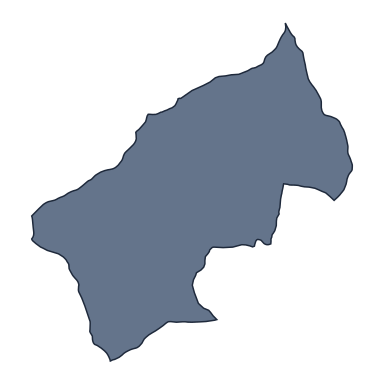 Lamgong, Paro, Bhutan (Mercator projection)
{"feature_id": "84629894B22495376544480", "entity_name": "Lamgong", "entity_type": "district", "adm_level": 2, "iso_a3": "BTN", "parent_name": "Bhutan", "parent_adm1": "Paro", "projection": "mercator", "projection_center": [89.36, 27.439], "detail": "fine", "context": "isolated", "style": "filled", "palette": "slate", "viewbox_px": 384, "rotation_deg": 0, "n_neighbors": 0, "source": "geoboundaries", "source_scale": "gbopen_adm2", "svg_char_len": 4721}
<svg xmlns="http://www.w3.org/2000/svg" viewBox="0 0 384 384"><path d="M285.3,23.0L285.8,27.0L285.5,29.8L285.0,31.4L284.5,32.3L283.6,33.6L282.8,34.6L281.3,37.0L280.3,38.9L278.8,42.2L278.1,43.9L277.1,46.3L276.0,48.2L274.4,49.9L272.1,52.1L268.6,54.4L267.4,55.2L265.8,56.9L265.2,58.1L264.7,59.2L264.0,61.8L263.2,63.3L261.6,64.6L258.3,66.1L255.8,67.5L253.9,68.0L252.1,68.3L250.9,68.9L247.7,70.8L238.8,74.3L231.3,74.8L225.5,75.9L219.0,76.5L215.3,77.8L210.1,82.0L203.3,85.5L192.1,90.5L180.8,98.4L179.4,98.3L178.1,98.7L177.7,100.3L176.9,101.9L176.1,103.7L174.9,105.7L172.1,107.8L169.6,108.7L167.1,110.0L164.8,110.8L161.9,112.1L160.8,112.2L159.7,112.8L157.8,113.7L155.8,114.4L152.5,114.5L149.9,114.3L148.2,114.3L147.2,115.9L146.7,117.6L146.2,119.9L145.5,121.9L143.6,124.2L141.5,126.6L139.0,129.4L136.6,131.3L135.8,132.3L136.1,134.9L136.2,137.3L136.3,138.8L135.7,140.9L134.8,142.7L133.5,144.5L131.6,146.4L129.6,148.4L126.4,151.4L125.5,152.3L124.8,153.1L124.2,154.2L123.5,155.8L123.0,157.6L122.2,159.8L121.4,161.1L120.0,162.8L119.1,164.0L118.2,165.2L116.0,167.1L114.5,168.1L112.6,168.9L109.9,169.5L107.9,169.8L104.7,170.6L102.3,171.5L100.7,172.1L97.5,174.0L95.6,175.2L94.5,176.2L91.9,178.9L90.9,179.7L89.9,180.2L88.4,180.8L87.1,181.8L83.4,185.0L81.7,186.4L78.5,188.9L76.8,189.8L75.7,190.2L73.8,190.7L72.4,191.2L70.9,191.8L68.1,193.2L66.5,194.3L65.4,195.1L63.9,196.0L62.0,196.8L60.5,197.3L59.4,197.8L58.1,198.4L56.4,199.4L54.6,200.2L52.6,200.7L50.0,201.3L48.3,201.7L46.3,202.6L44.3,203.8L43.2,204.6L41.1,206.6L39.0,208.6L31.7,216.0L32.2,217.6L32.5,219.9L33.2,227.4L33.7,231.7L33.8,233.2L33.6,235.2L33.0,237.0L31.7,239.0L32.1,240.0L33.0,241.1L34.1,242.0L35.8,243.5L40.5,247.0L43.1,248.2L47.3,250.4L54.5,252.6L58.4,253.8L60.5,255.1L63.4,257.0L65.0,258.6L66.3,260.1L67.2,261.8L68.2,263.2L68.8,264.4L68.9,265.6L69.1,268.5L69.5,269.6L70.9,272.2L72.4,274.9L73.1,275.9L74.7,277.8L76.8,280.1L77.8,281.6L78.4,283.0L78.9,284.9L78.6,286.3L78.5,288.1L78.4,289.8L78.5,290.9L78.8,291.9L80.6,295.6L81.8,298.1L84.9,306.1L89.2,318.9L90.1,321.5L90.2,323.4L90.1,326.5L90.0,329.5L89.8,331.3L90.2,332.5L91.0,333.8L92.3,336.0L92.4,337.4L92.5,339.6L92.8,341.1L93.4,342.8L94.5,344.3L97.3,345.5L101.2,348.1L104.5,350.8L106.6,353.0L107.9,355.0L109.0,357.2L110.0,359.6L110.3,361.0L112.6,359.9L114.7,359.4L116.6,358.5L119.1,357.3L121.9,355.2L123.8,353.4L125.5,352.2L127.9,350.9L130.6,349.6L133.0,348.8L135.4,348.2L136.4,347.9L137.5,347.4L139.3,346.1L141.9,343.2L143.0,341.1L144.3,338.9L146.3,337.0L148.8,334.9L152.5,332.6L155.3,331.0L159.2,328.4L163.2,325.5L165.8,323.3L167.2,322.3L168.4,321.7L170.8,321.6L176.4,322.2L182.4,321.8L185.3,321.8L187.9,322.1L191.9,322.2L199.1,321.9L206.0,321.5L214.7,320.2L216.8,319.6L213.0,315.7L210.8,312.7L208.7,310.3L203.6,308.2L198.4,303.4L196.0,297.0L194.4,292.8L192.3,285.2L193.5,279.7L195.6,275.5L196.5,272.7L201.0,270.0L203.7,267.2L204.9,263.9L204.9,260.5L205.4,256.6L207.8,253.8L209.3,251.6L209.7,250.0L210.5,249.1L212.3,247.4L213.8,247.1L223.2,247.6L232.8,247.1L241.8,244.7L245.7,244.9L249.9,245.9L252.6,246.9L254.4,246.2L254.8,244.3L255.8,241.1L256.7,239.9L257.8,239.4L259.9,239.8L261.1,240.3L264.0,243.5L265.4,244.3L267.0,244.7L268.7,244.6L270.8,243.9L271.0,241.5L271.0,238.9L271.8,237.0L271.9,235.7L272.3,234.4L273.2,233.3L274.8,230.7L276.3,225.6L276.4,221.0L276.8,218.0L279.1,214.0L278.8,212.2L279.0,210.9L279.3,209.7L279.6,208.5L279.9,207.5L280.6,199.0L281.0,197.0L281.2,195.8L281.5,194.5L281.8,193.4L282.0,192.0L282.2,190.9L282.5,189.5L282.8,188.2L283.1,186.7L283.3,185.4L283.6,183.8L287.6,184.3L289.8,185.0L294.9,185.1L298.3,185.4L301.1,186.2L304.4,186.8L309.0,187.1L312.2,187.7L313.5,188.0L314.8,188.2L318.4,189.7L322.1,191.4L324.9,192.5L325.9,193.0L328.7,195.4L329.8,196.3L334.1,200.4L337.6,197.2L339.8,194.9L340.9,193.5L342.4,191.7L343.9,189.7L344.9,187.2L346.1,184.1L346.7,181.3L347.0,179.3L347.7,177.2L348.4,175.4L349.1,174.1L350.6,172.1L351.5,171.0L352.1,169.8L352.3,166.9L352.3,165.0L351.8,163.2L351.2,161.6L350.5,159.3L349.6,157.1L348.3,154.4L347.9,153.1L347.7,151.0L347.9,147.8L347.9,146.2L347.7,145.1L347.1,142.3L346.7,140.2L345.7,136.3L345.1,134.4L344.7,132.8L343.5,129.7L342.1,127.5L340.5,124.4L339.6,122.1L338.9,121.1L337.8,120.1L336.6,119.1L335.5,118.5L333.4,117.6L331.0,116.6L329.5,116.2L327.4,115.7L326.0,115.4L324.2,114.6L322.9,112.8L321.9,110.7L321.6,109.2L321.3,107.6L321.3,103.0L321.3,101.9L321.0,100.1L320.6,98.8L318.4,94.6L317.1,92.3L316.2,90.6L313.5,86.8L311.8,84.7L309.7,81.7L308.2,78.7L307.8,76.9L307.0,73.7L306.3,70.6L305.7,67.8L305.3,65.0L304.1,59.8L303.6,57.2L302.9,52.9L302.1,51.4L299.4,49.1L297.4,47.0L296.7,45.9L296.0,44.7L295.5,43.2L295.0,40.3L294.9,38.4L294.1,36.9L292.5,35.5L291.4,34.1L290.4,32.6L286.8,26.1L285.3,23.0Z" fill="#64748b" stroke="#1e293b" stroke-width="1.5"/></svg>